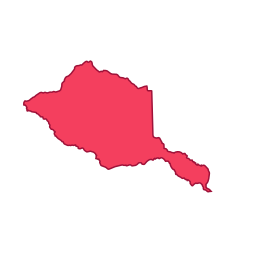 an SVG outline of Apure, rotated 209°
{"feature_id": "VEN-25", "entity_name": "Apure", "entity_type": "State", "adm_level": 1, "iso_a3": "VEN", "parent_name": "Venezuela", "parent_adm1": "", "projection": "equal_earth", "projection_center": [-69.326, 7.078], "detail": "fine", "context": "isolated", "style": "filled", "palette": "rose", "viewbox_px": 256, "rotation_deg": 209, "n_neighbors": 0, "source": "natural_earth", "source_scale": "10m", "svg_char_len": 5802}
<svg xmlns="http://www.w3.org/2000/svg" viewBox="0 0 256 256"><g transform="rotate(209 128 128)"><path d="M27.1,113.7L25.4,113.2L24.6,112.9L26.2,111.8L26.7,111.3L27.2,111.0L27.9,111.0L29.8,111.4L30.4,111.3L31.7,110.9L32.4,111.2L32.7,111.5L33.2,112.4L33.4,112.7L34.9,113.6L35.7,114.4L37.3,114.8L37.7,114.9L38.4,114.8L38.9,114.6L39.2,114.4L40.6,113.1L41.0,112.9L41.8,112.7L42.1,112.5L42.3,112.2L42.9,111.1L43.5,109.0L43.5,108.9L43.9,108.6L44.6,108.7L46.6,109.6L46.9,109.9L47.4,110.8L47.8,111.3L48.2,111.4L49.7,111.7L50.4,111.7L50.7,111.3L50.8,110.8L51.0,110.9L51.5,111.4L51.9,111.3L52.6,110.9L53.0,110.8L53.3,110.9L54.0,111.3L54.4,111.4L54.8,111.4L55.0,111.2L55.3,110.8L56.1,110.3L56.7,110.3L58.0,110.5L60.6,110.4L61.8,110.6L63.0,111.1L63.7,110.7L64.4,111.4L65.1,112.5L65.7,113.0L66.5,113.1L66.8,113.3L67.2,113.8L67.7,113.9L68.6,113.7L70.1,114.2L71.5,115.0L72.8,116.0L74.0,117.4L74.5,117.2L75.1,117.6L75.8,118.1L76.4,118.4L77.0,118.3L78.6,117.5L79.1,117.1L80.4,117.8L81.9,118.3L83.5,118.4L84.7,118.1L85.7,116.5L86.1,116.3L86.9,116.5L87.5,116.2L88.1,115.7L88.9,114.6L89.2,114.0L89.6,114.1L89.8,114.2L89.9,114.3L90.1,114.0L90.3,113.8L90.3,112.9L90.5,112.1L91.1,111.9L91.8,111.9L92.4,111.8L93.7,110.9L94.6,109.5L95.3,107.8L96.0,104.5L96.4,103.9L97.9,103.3L98.3,103.3L98.6,103.4L99.2,103.8L99.4,103.9L100.0,103.8L100.9,103.3L101.7,102.7L102.0,101.9L102.2,101.0L102.7,99.9L103.3,99.0L103.8,98.6L104.2,98.3L105.8,97.0L106.3,96.8L108.0,97.0L108.4,96.8L108.9,96.4L110.4,94.7L110.9,94.3L111.4,94.2L111.8,94.5L112.2,94.1L113.4,93.4L113.8,93.2L114.7,93.1L115.3,92.8L120.6,87.9L124.5,83.0L125.3,82.4L126.1,82.4L127.7,82.8L129.0,82.8L133.0,82.2L133.9,82.4L135.1,83.5L135.7,83.8L135.9,84.0L136.3,85.1L136.4,85.4L137.7,86.0L138.4,86.6L138.6,86.5L139.0,86.1L140.4,86.0L140.9,85.7L141.3,85.7L141.7,87.1L142.2,87.9L142.2,88.1L142.1,88.6L142.2,88.8L142.3,88.9L142.8,88.8L144.1,89.8L146.3,90.2L149.5,89.5L150.0,89.3L150.5,88.7L152.2,87.3L152.7,87.1L154.9,87.3L155.6,87.5L157.0,88.4L157.8,88.5L158.6,88.1L159.8,86.6L160.5,86.3L161.2,86.1L161.6,86.1L161.7,86.5L162.7,87.3L163.4,87.2L164.2,87.1L164.9,87.0L165.3,87.4L165.6,87.7L166.3,87.2L167.3,86.3L168.5,86.0L168.9,85.7L169.6,84.9L170.6,84.6L171.8,83.8L172.5,83.5L175.9,83.2L176.7,83.5L177.5,84.1L178.2,84.5L179.0,84.1L180.6,84.7L183.8,84.9L185.6,85.4L186.3,85.7L187.0,86.0L187.8,85.7L187.9,85.8L188.1,86.2L189.0,86.6L189.8,87.4L190.1,88.3L189.8,89.1L190.1,89.5L190.4,89.5L191.2,89.5L192.0,90.0L192.4,90.1L193.6,90.1L194.5,89.7L194.9,89.8L196.9,90.8L197.2,91.2L197.5,92.3L198.0,92.9L199.3,93.5L199.8,94.0L200.2,94.5L200.7,94.9L202.4,95.3L203.0,95.8L203.6,96.1L204.5,96.0L205.7,95.1L206.5,95.0L207.9,96.3L208.6,96.1L209.3,95.7L210.1,95.4L210.3,95.5L210.7,95.9L214.2,96.7L214.8,96.4L215.1,96.4L215.5,96.8L215.7,97.0L216.4,96.9L219.9,95.6L220.7,95.5L221.3,95.7L221.5,95.6L222.9,95.1L223.7,95.1L223.9,95.1L223.9,94.9L223.9,94.4L224.1,94.2L224.5,94.1L224.8,94.3L225.5,95.4L226.2,95.9L226.4,96.2L226.2,96.7L226.9,97.3L228.0,97.9L229.0,98.2L230.1,97.6L230.4,97.8L231.2,99.3L231.4,100.0L231.4,100.8L231.2,101.8L230.8,101.8L229.8,102.2L228.5,103.4L227.9,104.1L227.5,104.9L227.1,106.2L226.6,107.1L226.1,108.5L225.8,108.9L225.0,109.8L224.8,110.2L224.3,111.9L222.2,116.0L221.6,116.7L220.9,117.2L219.6,117.4L218.9,117.7L218.2,118.7L217.9,118.9L217.5,119.1L216.2,119.3L215.4,119.7L213.6,121.6L212.1,122.3L211.7,122.6L211.1,123.4L210.8,123.8L210.0,124.1L208.6,124.4L205.9,127.3L205.4,128.5L205.7,130.5L206.2,132.5L207.2,134.5L207.3,135.6L207.0,136.5L206.7,137.4L206.4,138.4L206.8,138.8L207.0,139.7L207.1,141.5L206.8,142.8L206.2,143.6L205.5,144.3L205.0,145.3L204.1,148.2L203.4,153.2L203.4,153.7L203.6,154.2L204.0,155.1L204.0,155.6L203.8,156.4L203.3,157.2L202.7,157.8L201.2,158.8L200.9,159.1L200.1,160.1L199.8,160.3L199.1,160.6L198.9,160.9L198.7,161.3L198.4,162.6L197.5,165.0L197.0,165.8L196.4,166.3L196.0,166.4L195.3,166.2L194.9,166.2L194.5,166.4L194.1,166.8L193.7,167.8L193.1,168.4L191.8,168.2L190.8,167.3L189.9,166.1L188.9,165.3L183.6,163.6L181.2,163.3L180.6,163.1L180.3,163.1L179.9,163.4L179.3,164.2L178.9,164.6L178.5,164.7L178.1,164.7L177.7,164.9L177.5,165.4L177.4,165.9L177.3,166.4L177.0,166.7L176.3,166.9L175.2,167.5L173.8,167.8L169.4,167.2L167.9,167.5L164.0,169.4L162.8,169.4L160.5,168.5L159.8,168.4L159.1,168.5L156.6,169.5L154.5,169.7L154.1,169.9L153.2,171.0L152.7,171.2L151.9,171.1L150.5,170.2L149.8,170.0L149.0,169.9L146.9,169.0L146.1,168.9L144.0,169.0L143.2,168.8L142.4,168.4L141.6,168.2L141.0,168.4L139.7,167.7L139.0,167.4L138.2,167.5L137.6,167.9L136.6,169.1L135.9,169.7L133.8,172.3L131.9,173.8L131.1,173.0L129.7,170.8L129.0,170.3L128.1,170.5L126.4,171.5L125.6,171.9L125.2,171.9L102.9,134.1L101.8,132.8L100.8,132.5L99.6,132.6L98.3,133.0L96.4,134.5L95.3,134.4L91.8,132.1L91.3,131.9L91.0,131.3L90.8,131.2L90.5,131.2L89.7,131.3L89.3,131.3L88.8,131.1L88.5,130.8L86.7,127.9L86.5,127.6L85.9,127.8L85.0,128.2L84.4,128.2L82.9,127.7L82.5,127.1L82.2,127.0L81.2,127.0L79.2,127.7L77.7,127.8L76.4,128.4L75.7,128.4L75.4,128.7L75.3,129.1L74.9,129.8L73.4,131.1L71.7,132.0L69.9,132.3L67.5,131.9L67.2,132.2L66.9,132.6L66.5,133.0L65.8,133.3L65.5,133.2L65.3,132.9L64.9,132.6L63.2,132.5L62.7,132.3L62.6,131.8L62.5,130.7L62.2,130.4L61.6,130.3L60.2,130.7L59.6,130.6L58.6,130.2L58.0,130.1L57.5,130.3L56.6,130.8L56.2,131.0L55.5,130.2L54.7,130.0L54.1,130.2L54.1,130.3L53.4,130.3L53.3,129.9L53.1,129.7L52.8,129.8L52.3,130.1L52.1,130.2L51.9,130.2L51.5,129.8L51.3,129.4L51.0,129.2L49.8,129.1L49.4,129.2L49.2,129.5L49.3,130.3L48.3,130.0L47.5,130.0L46.7,130.2L45.7,130.2L45.8,131.1L45.6,131.2L45.2,131.1L44.9,131.1L43.7,132.2L43.2,132.3L42.1,132.2L38.3,131.0L37.9,130.7L37.1,129.8L36.6,129.4L35.7,128.8L35.3,128.5L34.7,127.6L32.8,122.7L32.5,121.4L32.2,120.1L32.1,118.7L32.2,118.3L32.5,116.5L32.4,116.2L32.2,116.1L31.0,114.0L29.9,113.6L27.1,113.7Z" fill="#f43f5e" stroke="#9f1239" stroke-width="1.5"/></g></svg>